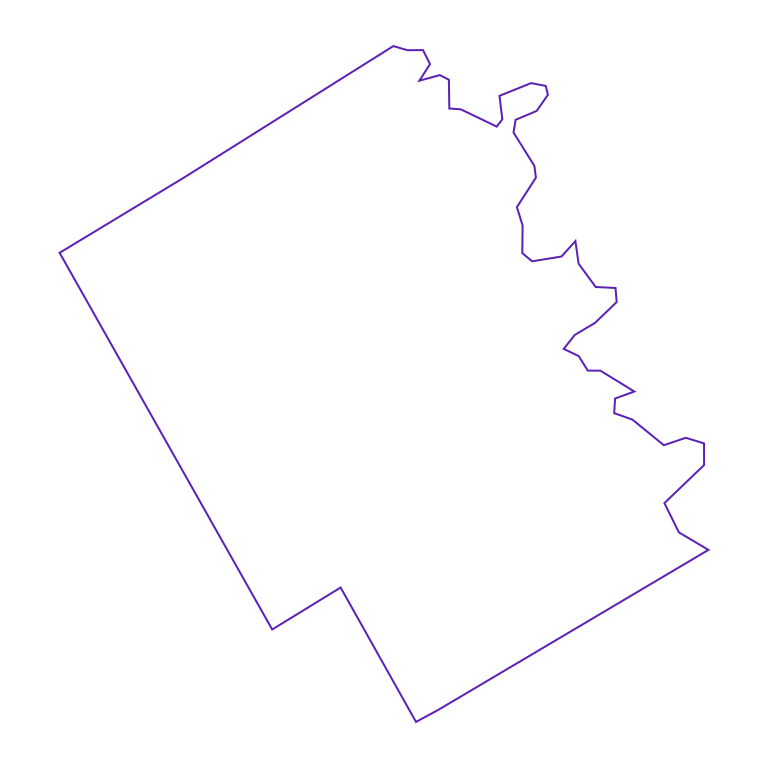 Bosque, Texas, United States of America (Natural Earth projection)
{"feature_id": "52423323B51528806968962", "entity_name": "Bosque", "entity_type": "district", "adm_level": 2, "iso_a3": "USA", "parent_name": "United States of America", "parent_adm1": "Texas", "projection": "natural_earth1", "projection_center": [-97.489, 31.898], "detail": "fine", "context": "isolated", "style": "outline", "palette": "violet", "viewbox_px": 768, "rotation_deg": 0, "n_neighbors": 0, "source": "geoboundaries", "source_scale": "gbopen_adm2", "svg_char_len": 763}
<svg xmlns="http://www.w3.org/2000/svg" viewBox="0 0 768 768"><path d="M272.2,629.5L340.6,587.5L416.0,721.9L438.2,709.9L708.4,549.9L678.9,532.4L664.4,503.1L704.1,465.0L704.0,443.4L685.7,437.8L663.8,445.2L632.4,419.6L614.2,413.2L615.1,398.5L634.3,391.5L600.4,370.7L587.8,370.6L578.7,356.1L563.7,348.9L574.8,334.9L595.1,322.8L616.7,302.0L615.5,288.0L595.7,287.0L578.6,263.7L575.4,241.1L561.5,256.5L532.1,261.3L522.3,253.1L522.6,225.5L516.9,207.1L535.9,177.7L534.4,165.9L513.5,132.5L515.6,119.8L536.7,110.9L547.9,94.8L545.7,85.9L531.1,83.1L499.5,95.8L502.3,119.3L496.7,126.6L460.7,109.3L449.3,108.5L448.9,79.8L439.8,75.1L419.4,80.7L430.0,64.1L423.0,50.1L407.4,50.2L393.3,46.1L184.9,177.0L59.6,252.8L272.2,629.5Z" fill="none" stroke="#5b21b6" stroke-width="2"/></svg>